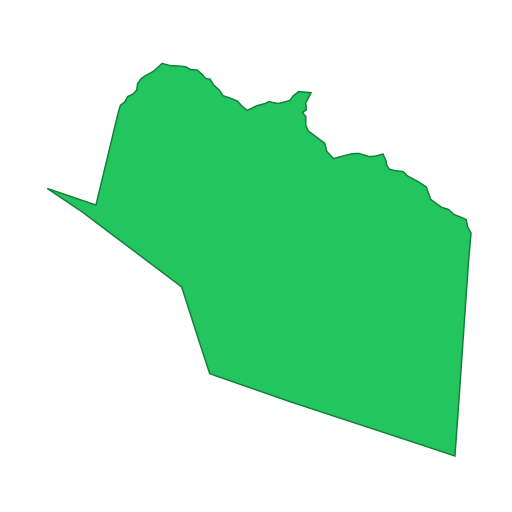 the district of Jardim, Ceará, Brazil, rotated 184°
{"feature_id": "56859067B26521088745212", "entity_name": "Jardim", "entity_type": "district", "adm_level": 2, "iso_a3": "BRA", "parent_name": "Brazil", "parent_adm1": "Ceará", "projection": "albers", "projection_center": [-39.229, -7.588], "detail": "fine", "context": "isolated", "style": "filled", "palette": "green", "viewbox_px": 512, "rotation_deg": 184, "n_neighbors": 0, "source": "geoboundaries", "source_scale": "gbopen_adm2", "svg_char_len": 1209}
<svg xmlns="http://www.w3.org/2000/svg" viewBox="0 0 512 512"><g transform="rotate(184 256 256)"><path d="M43.1,293.8L46.8,299.6L48.9,307.0L56.0,309.5L61.4,311.2L67.3,315.9L74.4,317.6L85.7,324.6L91.0,336.7L98.3,340.9L110.6,346.5L115.0,350.4L124.3,351.0L129.2,351.9L132.1,356.1L133.1,360.4L136.5,366.6L143.6,364.0L149.8,363.0L160.7,365.5L167.5,364.7L185.6,358.6L192.8,365.5L195.2,373.1L212.7,384.5L215.6,390.3L216.0,398.6L219.7,402.4L216.0,405.3L217.0,412.2L212.5,422.8L224.9,423.0L230.2,418.2L233.0,413.6L239.5,411.2L244.8,409.6L253.8,410.9L257.7,408.7L265.7,406.0L275.0,400.6L280.3,404.5L285.6,409.4L292.5,411.6L300.0,413.6L304.2,418.9L310.2,423.6L314.2,429.2L318.4,429.5L323.0,433.9L327.7,437.5L333.7,437.3L339.2,439.8L345.6,440.2L350.7,440.0L355.4,440.0L363.0,441.6L367.5,436.8L371.6,432.8L375.1,430.5L379.7,427.7L383.3,424.4L386.2,419.6L386.5,413.2L390.2,408.9L395.1,406.1L397.8,400.4L401.7,397.0L402.8,392.6L404.6,382.7L419.2,295.6L468.9,308.8L431.9,287.5L421.9,281.0L401.1,267.4L381.3,254.6L341.0,228.4L328.1,220.0L326.4,216.0L306.7,166.7L294.0,135.5L286.9,133.4L210.3,112.6L97.0,84.0L43.6,70.4L43.5,117.8L43.6,230.7L43.6,263.8L43.1,293.8Z" fill="#22c55e" stroke="#15803d" stroke-width="1.5"/></g></svg>